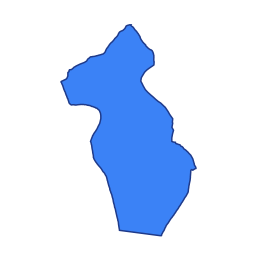 outline of Birkelane, Kaffrine, Senegal, rotated 189°
{"feature_id": "50182788B56779252201559", "entity_name": "Birkelane", "entity_type": "district", "adm_level": 2, "iso_a3": "SEN", "parent_name": "Senegal", "parent_adm1": "Kaffrine", "projection": "orthographic", "projection_center": [-15.66, 14.036], "detail": "fine", "context": "isolated", "style": "filled", "palette": "blue", "viewbox_px": 256, "rotation_deg": 189, "n_neighbors": 0, "source": "geoboundaries", "source_scale": "gbopen_adm2", "svg_char_len": 5774}
<svg xmlns="http://www.w3.org/2000/svg" viewBox="0 0 256 256"><g transform="rotate(189 128 128)"><path d="M158.4,209.0L158.6,208.7L159.0,208.1L159.4,207.4L159.7,206.5L160.1,205.8L160.4,205.2L160.6,204.5L161.1,203.8L161.4,203.3L161.6,202.7L161.9,201.9L162.2,200.8L162.3,200.2L162.5,199.5L163.1,198.4L163.6,197.9L164.1,197.3L164.9,196.9L165.8,196.5L166.2,196.2L166.7,196.0L167.2,195.8L167.5,195.6L168.2,195.4L168.9,195.0L169.6,194.7L170.4,194.4L171.4,193.9L172.1,193.6L173.0,193.3L173.7,193.2L174.6,192.8L175.7,192.5L175.9,192.5L176.3,192.2L176.9,191.6L177.3,190.9L178.0,190.4L178.5,189.7L178.9,188.9L179.1,188.1L179.5,187.5L180.0,187.1L180.5,186.7L181.2,186.0L185.2,183.7L189.1,181.0L189.8,180.3L190.8,179.6L191.4,178.7L192.5,177.4L193.2,176.8L193.9,176.6L194.4,176.5L194.8,176.4L195.0,176.1L195.2,175.5L195.1,174.6L195.4,174.1L195.6,173.8L196.0,173.5L196.0,173.2L195.8,171.6L195.6,170.5L195.6,169.6L195.9,168.6L196.1,167.7L196.7,166.7L197.5,166.1L199.8,164.5L199.9,164.4L200.6,164.0L201.1,163.6L201.4,163.0L200.8,162.4L200.4,161.7L199.9,160.8L199.1,159.7L198.7,158.8L198.2,157.9L197.8,157.0L197.3,156.1L196.9,155.5L196.4,154.6L195.7,153.7L195.3,153.1L195.0,152.2L194.5,151.5L194.2,150.8L193.6,150.1L193.3,149.3L192.8,148.6L192.5,147.9L192.0,147.5L191.7,146.7L191.3,146.0L190.9,145.2L190.6,144.6L190.3,143.9L189.9,143.3L189.5,142.9L188.9,142.6L188.3,142.2L187.6,141.9L187.0,142.1L186.3,142.3L185.6,142.4L185.0,142.6L184.2,142.4L183.6,142.5L183.1,142.5L182.9,142.6L182.5,142.7L181.7,143.0L181.2,143.1L180.6,143.3L180.1,143.4L179.0,143.7L177.5,144.0L176.6,144.1L175.6,144.3L174.6,144.2L173.8,144.4L173.0,144.4L172.4,144.3L171.8,144.2L171.1,144.2L171.0,144.3L170.4,144.2L169.6,144.2L168.8,144.2L168.0,143.9L167.1,143.6L166.2,143.7L165.2,143.4L164.1,143.2L163.5,143.1L163.2,142.8L162.3,142.7L161.6,142.6L161.4,142.4L161.1,142.2L160.3,141.6L159.6,141.3L159.4,141.1L158.9,140.6L158.5,139.9L157.5,138.3L156.8,136.1L156.3,133.1L156.5,129.7L156.7,127.9L157.4,125.9L158.0,124.0L158.3,122.7L158.9,121.3L159.6,119.6L160.4,118.1L161.1,116.4L161.3,115.7L161.8,114.6L161.8,114.0L162.1,112.9L162.8,109.4L162.9,108.8L162.7,108.6L162.1,107.5L161.8,106.5L161.2,105.3L160.7,103.6L160.4,102.5L160.0,101.4L159.4,99.8L159.0,98.3L158.5,96.9L158.4,96.7L157.8,95.0L157.7,94.2L157.6,93.6L157.1,92.8L156.6,91.9L156.1,91.3L155.8,90.9L155.1,90.1L154.3,89.2L153.5,88.5L152.9,87.8L152.1,87.1L151.0,86.1L150.1,85.4L149.0,84.5L147.8,83.3L147.1,82.5L146.3,81.5L145.6,80.8L144.8,80.3L143.9,79.4L143.0,78.1L141.9,76.9L141.3,75.7L140.7,74.3L140.3,73.2L139.7,72.1L139.3,71.0L138.7,69.7L138.0,68.1L137.4,67.0L136.6,65.5L136.4,64.6L135.9,63.5L135.4,62.8L134.8,61.5L133.9,60.1L133.3,58.9L132.9,57.8L132.4,56.7L131.9,55.8L131.4,54.4L131.0,53.1L130.4,51.6L129.6,50.0L129.2,48.9L128.8,47.6L128.1,46.5L127.6,45.3L127.1,43.9L126.6,42.7L126.1,41.4L125.5,39.9L125.1,38.9L124.6,37.7L123.9,36.2L123.6,35.2L123.3,34.6L122.9,33.8L122.6,32.6L122.2,31.1L121.7,29.6L121.2,28.0L120.7,26.6L120.4,25.6L120.0,25.6L79.2,26.7L78.4,26.9L78.2,26.9L78.1,27.0L78.1,27.5L78.1,28.0L77.9,28.7L77.6,29.4L77.3,30.5L76.6,32.0L76.2,33.1L76.0,34.2L75.7,35.3L75.3,36.2L75.0,37.7L74.5,38.6L74.1,39.4L73.7,40.1L73.3,40.8L73.0,41.7L72.5,42.8L72.0,44.0L71.7,44.6L71.2,45.7L70.6,46.5L70.1,47.7L69.3,48.9L68.8,50.3L68.6,50.7L68.5,50.8L67.8,52.2L67.3,53.6L66.7,54.7L66.1,55.8L65.6,57.0L65.1,58.4L64.4,59.7L63.9,60.9L63.4,62.3L62.7,63.6L62.3,64.7L61.8,65.9L61.4,66.9L61.0,68.1L60.3,69.3L59.9,70.2L59.5,71.4L59.2,72.3L58.8,73.3L58.6,74.2L58.6,75.2L58.7,76.4L58.7,77.5L58.7,78.6L58.8,80.2L58.7,81.5L58.7,82.8L58.6,84.5L58.5,86.3L58.6,87.3L58.6,88.5L58.8,89.8L58.9,91.3L59.0,92.3L59.1,93.8L59.3,95.2L59.2,96.2L58.4,96.9L57.4,96.5L55.6,98.1L55.2,98.3L54.9,98.6L54.6,98.7L54.7,99.0L54.8,99.4L54.8,99.6L55.1,100.1L55.5,100.6L55.7,100.8L56.0,101.1L56.6,101.8L56.8,102.4L57.0,103.1L57.5,104.0L58.3,105.8L59.2,107.7L60.6,109.5L61.8,111.0L63.2,112.0L64.1,112.7L65.1,113.6L66.1,114.2L67.0,114.9L67.9,115.4L68.4,115.6L68.9,115.9L69.4,116.1L69.9,116.4L70.4,117.2L70.8,117.5L71.7,118.1L72.7,118.2L73.6,119.1L73.9,119.4L74.4,119.6L75.3,119.6L77.0,120.0L77.8,120.0L78.5,120.3L78.9,121.3L80.6,121.2L81.9,121.4L82.0,121.4L82.3,121.5L82.6,121.6L83.2,125.0L83.1,129.1L82.7,132.9L84.1,134.7L84.7,135.5L84.6,139.5L84.6,139.9L85.1,140.6L85.2,143.1L85.3,144.2L87.3,146.2L89.1,148.1L90.9,150.4L94.6,154.4L94.8,154.4L99.5,157.7L102.4,159.0L105.1,160.6L107.9,162.5L110.9,164.3L114.1,166.4L116.9,168.6L119.6,172.0L120.9,173.9L122.7,176.3L122.7,179.6L122.4,180.6L120.5,185.3L120.0,186.2L118.6,188.1L116.5,190.3L114.9,191.8L113.5,193.1L112.3,194.3L112.3,194.7L112.4,195.9L112.5,196.7L112.5,197.4L112.8,197.7L112.9,198.3L113.2,199.1L113.2,199.5L113.4,200.4L113.4,201.3L113.6,202.0L113.7,202.9L113.9,203.9L114.3,204.6L114.6,205.6L115.0,206.2L115.1,206.6L115.5,207.1L115.9,207.6L116.2,208.1L116.6,208.3L117.2,208.7L118.4,208.9L118.8,209.1L119.8,209.6L120.5,209.9L120.9,210.3L121.5,210.7L122.2,211.2L122.9,211.7L123.5,212.4L123.6,212.8L124.1,213.0L124.5,213.5L125.2,213.9L125.7,214.2L126.1,214.7L126.7,215.0L127.3,215.7L127.6,216.1L128.3,216.6L128.6,217.1L129.4,218.0L129.7,218.6L130.1,219.0L130.1,219.4L130.5,220.2L131.4,221.2L132.4,222.4L132.8,222.9L133.6,223.5L133.9,223.9L134.1,224.1L134.5,224.6L134.9,224.9L135.5,225.3L135.6,225.5L136.0,225.7L136.4,226.0L136.7,226.2L136.9,226.5L137.4,227.0L137.7,227.3L138.1,227.8L138.5,228.1L138.9,228.5L139.9,228.9L140.5,229.3L141.4,229.9L141.2,230.4L141.9,230.3L142.5,230.2L143.6,229.7L144.3,229.4L145.0,229.0L145.4,228.7L145.7,228.5L146.3,226.8L146.6,225.8L148.2,223.7L149.1,223.1L150.0,222.6L150.6,222.1L151.0,221.8L151.5,221.2L152.1,219.8L152.3,219.0L152.6,217.9L153.1,216.9L153.7,216.0L154.4,215.1L155.1,214.2L155.4,213.3L155.8,212.7L156.5,211.5L157.1,210.6L158.1,209.5L158.4,209.0Z" fill="#3b82f6" stroke="#1e3a8a" stroke-width="1.5"/></g></svg>